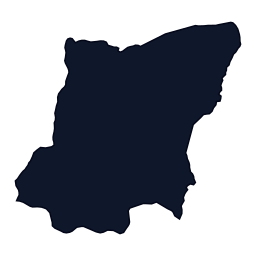 Cândido Mota, São Paulo, Brazil (orthographic projection)
{"feature_id": "56859067B55790387893872", "entity_name": "Cândido Mota", "entity_type": "district", "adm_level": 2, "iso_a3": "BRA", "parent_name": "Brazil", "parent_adm1": "São Paulo", "projection": "orthographic", "projection_center": [-50.425, -22.81], "detail": "fine", "context": "isolated", "style": "filled", "palette": "ink", "viewbox_px": 256, "rotation_deg": 0, "n_neighbors": 0, "source": "geoboundaries", "source_scale": "gbopen_adm2", "svg_char_len": 2421}
<svg xmlns="http://www.w3.org/2000/svg" viewBox="0 0 256 256"><path d="M65.4,45.1L65.0,47.7L65.7,50.3L66.1,52.6L65.5,57.3L64.8,60.7L65.5,63.1L68.0,68.0L68.8,70.3L69.0,72.6L67.5,76.6L65.9,81.2L65.8,84.8L64.6,86.9L61.9,89.4L60.5,91.4L58.7,93.8L57.7,97.2L57.9,101.9L56.5,106.0L55.6,110.4L54.9,113.2L55.6,117.3L55.4,120.2L54.3,122.9L54.5,125.7L54.6,128.6L54.2,131.6L53.5,134.6L53.1,137.0L53.2,139.8L53.9,142.0L54.1,145.1L51.7,146.8L45.6,148.0L40.5,147.5L37.0,150.1L33.9,152.8L32.5,156.7L30.4,161.2L28.9,162.8L28.0,165.3L26.5,167.3L25.0,169.6L23.2,171.1L21.5,173.1L19.8,175.4L17.6,178.8L15.4,180.9L16.1,185.7L18.6,189.9L19.1,192.2L19.2,195.1L17.9,197.7L16.6,200.7L19.6,201.0L23.3,202.2L30.2,206.2L32.6,206.9L37.4,206.7L41.6,207.1L44.6,208.1L46.5,208.9L49.9,212.7L52.3,222.5L52.4,225.8L54.9,228.1L57.2,229.2L61.5,231.2L63.5,232.3L66.4,232.8L69.7,232.2L72.1,231.1L76.8,227.2L81.4,226.4L83.6,226.4L88.3,228.4L96.2,231.8L98.2,232.3L100.2,232.8L103.4,232.1L107.5,230.1L113.4,230.4L120.0,233.6L123.6,232.4L126.4,228.1L127.7,226.4L129.0,224.2L129.5,222.0L128.2,210.7L129.9,208.0L143.1,203.5L145.3,203.5L151.7,203.8L156.5,202.0L167.6,208.6L171.7,210.6L173.2,212.2L174.8,215.8L179.5,219.0L181.8,213.6L181.9,209.8L181.1,205.9L182.5,203.3L184.0,200.7L183.3,197.5L184.7,193.8L186.1,191.6L187.6,189.7L186.2,187.7L187.4,185.7L190.3,183.9L193.6,184.7L195.4,182.5L193.9,179.0L193.6,176.5L192.5,174.0L190.5,172.0L189.5,167.4L189.5,165.0L188.9,162.5L187.3,158.9L186.7,155.6L185.6,153.0L193.2,124.6L200.6,117.6L203.5,114.5L206.4,114.0L209.4,113.7L212.0,111.3L213.5,107.8L215.9,104.8L216.4,101.5L220.0,101.1L220.7,98.6L221.0,96.1L218.7,94.3L219.9,91.8L221.5,90.3L221.5,87.9L220.7,85.3L221.6,82.8L222.7,80.3L221.9,78.2L223.5,76.5L225.5,74.6L225.5,72.3L226.4,70.3L226.5,67.3L229.0,65.0L229.9,61.7L231.9,57.9L233.5,54.1L235.6,52.2L236.9,50.2L238.2,48.0L239.7,46.5L240.6,44.2L239.9,41.3L239.8,37.4L239.3,34.4L238.6,32.0L237.7,29.0L235.5,25.4L232.9,22.9L230.8,22.4L218.3,24.8L215.9,25.4L208.0,25.5L204.0,25.9L200.4,26.0L198.0,26.0L195.4,25.6L165.4,34.0L140.5,46.5L138.2,45.4L135.4,45.2L133.3,46.1L130.3,46.7L127.7,47.5L124.7,49.7L122.8,51.2L120.2,52.2L117.9,50.8L118.7,48.3L116.6,47.2L113.9,47.2L111.2,46.3L108.0,45.4L106.3,42.2L103.5,41.1L100.3,41.0L97.1,41.5L93.2,41.9L90.7,42.1L87.6,41.3L84.7,40.4L81.9,40.4L78.8,41.1L75.4,42.7L73.6,40.5L72.2,38.7L70.1,38.2L67.8,39.0L66.5,40.9L65.4,45.1Z" fill="#0f172a" stroke="#020617" stroke-width="1.5"/></svg>